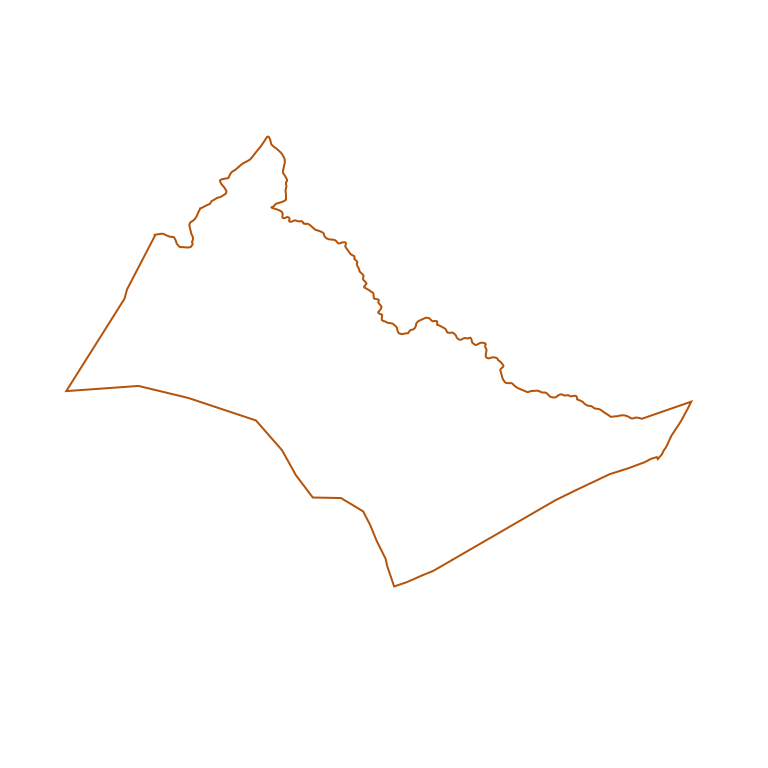 outline of San Francisco de Opalaca, Intibucá, Honduras, rotated 293°
{"feature_id": "27666195B85472464338427", "entity_name": "San Francisco de Opalaca", "entity_type": "district", "adm_level": 2, "iso_a3": "HND", "parent_name": "Honduras", "parent_adm1": "Intibucá", "projection": "robinson", "projection_center": [-88.233, 14.52], "detail": "fine", "context": "isolated", "style": "outline", "palette": "amber", "viewbox_px": 768, "rotation_deg": 293, "n_neighbors": 0, "source": "geoboundaries", "source_scale": "gbopen_adm2", "svg_char_len": 6141}
<svg xmlns="http://www.w3.org/2000/svg" viewBox="0 0 768 768"><g transform="rotate(293 384 384)"><path d="M431.7,114.6L430.8,115.2L370.7,110.5L361.1,111.8L253.3,94.3L286.3,158.8L294.7,209.4L300.4,280.4L283.2,316.0L265.5,338.7L251.7,362.8L262.2,388.9L258.6,414.6L248.6,426.6L236.8,438.5L223.7,453.8L218.0,457.8L201.6,472.4L210.2,482.1L222.3,493.5L231.3,502.4L344.0,587.2L361.7,602.5L389.2,627.0L401.9,641.8L414.1,654.7L419.2,658.8L423.3,663.6L421.9,665.4L423.4,665.8L427.8,667.3L431.4,667.4L433.4,667.7L435.4,668.2L437.2,668.4L448.9,668.8L465.8,671.9L479.7,673.2L487.8,673.7L452.7,634.9L452.5,632.3L451.6,629.1L451.0,628.1L450.2,627.5L449.8,627.0L449.4,626.2L449.1,625.4L449.0,624.2L449.4,622.1L449.4,620.5L449.2,618.4L448.9,617.0L447.8,614.6L445.2,610.8L444.0,608.4L442.8,606.4L442.4,605.6L442.5,604.9L443.1,602.7L443.9,597.6L444.7,594.6L444.9,592.7L444.8,591.1L444.1,588.7L443.8,587.1L443.9,586.5L444.4,585.2L444.6,583.6L444.5,582.7L444.0,581.5L443.8,580.7L443.7,579.3L443.8,578.1L444.2,576.1L445.0,574.5L445.2,573.9L445.4,570.8L445.3,568.4L445.4,567.7L445.6,567.5L446.4,567.4L447.1,566.8L447.8,565.8L448.0,565.1L447.8,564.5L447.5,563.8L446.6,562.4L445.8,561.2L445.5,560.6L445.5,560.1L445.7,557.9L443.9,554.7L443.9,552.2L443.7,551.1L442.9,550.0L442.1,549.2L441.2,548.6L440.1,548.1L438.5,546.8L437.6,544.6L437.3,542.8L437.5,541.0L438.2,539.6L439.1,537.3L439.2,535.8L438.7,534.7L438.0,532.9L437.9,530.6L438.1,529.3L437.6,527.3L435.8,523.8L435.2,522.3L433.2,520.2L432.8,519.6L432.5,518.6L432.6,517.3L432.5,509.1L433.2,505.4L433.8,503.8L434.4,502.3L434.6,501.0L433.0,497.3L432.7,496.0L432.9,494.8L433.4,493.8L434.7,491.8L435.9,490.6L442.1,485.7L442.8,485.5L443.4,485.6L444.7,486.1L446.0,486.8L446.8,487.0L447.6,486.7L448.2,485.9L448.7,485.0L449.3,483.9L449.8,482.9L450.7,479.5L451.4,478.9L451.7,478.4L451.9,477.2L451.7,475.4L451.2,474.0L450.3,472.5L449.0,471.1L448.4,470.0L448.3,469.3L448.3,468.5L448.5,467.7L448.8,467.2L449.2,466.8L450.2,466.4L455.3,465.1L456.0,464.6L457.9,462.5L459.2,462.1L460.3,462.2L460.6,461.9L460.8,461.5L460.9,460.8L460.8,459.8L460.4,458.3L459.9,457.1L459.0,456.2L456.3,454.0L455.8,453.4L455.7,452.8L455.9,451.2L456.5,449.2L459.9,446.4L460.2,445.9L460.3,445.3L459.6,444.3L458.6,443.4L457.9,440.3L456.5,438.9L454.8,437.5L454.4,436.7L454.3,435.6L454.4,434.6L454.7,433.8L455.4,432.6L456.7,431.3L457.4,429.9L457.8,428.7L458.0,427.5L457.9,426.3L457.3,425.5L456.8,424.5L456.4,423.3L456.2,422.3L456.5,421.6L457.3,420.9L457.8,420.3L458.7,419.0L458.8,418.5L459.1,416.3L459.5,411.6L459.2,410.0L459.4,409.8L462.1,408.6L462.3,408.3L462.4,407.8L462.3,407.3L461.9,406.3L460.7,404.1L461.2,402.4L462.0,400.7L462.1,400.0L462.1,399.1L461.9,398.2L461.6,397.2L461.2,396.5L456.7,392.3L455.4,391.2L454.7,390.8L453.5,390.3L452.4,390.1L451.8,390.1L450.8,390.5L449.8,390.6L448.5,390.6L447.3,390.4L446.5,390.1L445.4,389.2L444.2,387.6L443.7,387.2L441.8,386.6L440.2,386.3L438.8,383.8L436.9,381.0L436.5,377.8L438.3,375.6L440.3,374.3L441.2,373.5L442.0,371.4L442.8,369.0L442.9,368.1L442.8,367.3L442.0,364.4L441.7,362.7L442.0,361.0L441.8,358.4L441.8,357.6L442.1,357.1L442.6,356.7L443.4,356.3L446.1,355.6L446.8,355.3L447.1,354.4L446.8,353.2L447.0,352.0L447.2,351.2L447.5,350.8L448.2,350.6L449.7,351.3L451.2,351.6L453.1,351.7L454.1,351.5L454.4,351.3L454.7,350.9L455.9,348.3L456.7,346.9L457.0,346.8L458.6,346.7L459.2,346.4L459.5,345.9L459.5,345.3L458.8,342.0L458.9,341.4L459.3,340.9L462.5,339.3L463.3,338.7L463.6,338.2L464.7,332.8L465.1,328.8L465.4,327.8L465.9,327.6L468.8,328.5L469.7,328.6L470.4,327.6L471.6,324.7L472.2,323.8L473.8,323.2L475.2,323.1L475.8,322.7L476.4,321.8L477.9,317.9L478.3,317.3L478.8,316.9L479.5,316.6L479.9,316.3L482.5,313.1L483.6,312.2L484.1,312.0L485.2,312.1L486.0,311.5L486.6,310.8L487.5,307.9L487.8,307.7L488.4,307.7L488.8,307.6L490.0,306.7L490.1,306.3L490.3,303.4L490.6,302.3L494.0,296.7L495.0,295.2L495.4,294.8L495.8,294.5L497.2,294.4L498.5,294.0L498.9,293.7L499.2,293.4L499.2,292.9L499.1,292.4L498.3,290.7L497.8,290.0L496.1,288.2L495.7,287.5L495.6,286.9L495.7,286.4L496.7,284.7L497.3,282.5L497.0,280.9L495.9,277.6L495.6,276.1L495.6,274.8L495.9,273.1L496.4,272.0L496.8,271.5L499.0,269.6L499.2,269.3L499.4,268.7L499.6,267.1L499.6,265.5L499.3,261.8L499.2,260.1L501.1,254.7L501.5,253.0L501.6,252.1L501.5,250.7L500.6,249.0L500.4,248.1L500.3,247.3L500.6,246.7L501.1,246.7L501.7,244.2L500.9,243.2L500.5,242.3L500.2,240.7L500.0,238.7L499.8,237.9L499.4,237.5L497.3,235.5L496.7,234.2L496.6,233.7L496.7,233.3L496.9,233.0L499.0,232.5L499.5,232.2L499.9,231.8L500.1,231.1L500.0,230.3L499.7,229.4L498.1,228.0L497.6,227.2L497.3,226.3L497.4,225.7L497.8,225.4L498.2,225.1L501.0,224.3L502.1,223.3L502.7,222.4L502.9,220.5L502.9,217.6L502.5,213.6L502.4,212.0L502.5,211.6L502.9,211.5L503.1,212.1L503.4,212.5L505.2,213.2L507.1,213.9L507.9,214.4L512.2,219.5L514.1,221.0L515.4,221.8L519.5,220.0L523.7,217.7L528.0,216.9L529.9,215.5L531.1,215.1L533.1,215.3L533.8,215.1L534.4,214.6L535.7,213.1L537.8,210.2L538.6,208.9L539.5,208.2L541.2,207.6L549.2,206.2L551.9,204.8L553.0,203.8L555.7,200.5L556.7,198.6L558.5,193.8L559.4,189.6L560.0,188.0L560.4,187.0L560.8,186.5L561.4,185.9L563.4,184.6L564.6,183.6L566.1,181.9L566.4,181.1L566.4,180.6L566.1,180.0L565.4,179.7L561.4,179.1L554.5,177.7L547.9,175.7L540.6,173.8L538.4,173.0L536.8,171.9L534.5,170.1L533.2,168.9L531.8,167.9L530.0,166.8L523.1,163.5L520.2,161.3L518.9,160.8L516.9,160.4L512.8,160.3L509.2,154.9L508.4,154.1L507.2,153.4L505.7,154.7L504.6,156.0L502.4,160.4L500.0,163.6L498.9,164.0L497.6,164.0L496.0,163.1L493.3,161.2L492.1,160.2L491.0,158.7L489.7,157.4L484.8,153.8L481.8,153.4L481.5,153.3L480.6,152.2L478.3,150.1L475.1,147.6L473.8,146.1L472.6,146.3L470.4,146.0L466.3,146.0L463.8,145.8L462.0,145.4L460.7,144.9L457.0,142.6L456.2,142.5L455.1,142.6L454.1,142.8L453.5,143.1L447.8,147.4L446.8,148.1L445.1,150.1L443.9,151.1L441.7,151.8L439.7,151.7L438.9,152.6L437.7,153.3L434.8,152.6L434.4,152.3L433.8,151.5L432.7,149.5L431.7,146.2L430.5,143.1L430.4,142.3L431.1,140.5L432.2,138.4L434.7,136.2L436.0,134.7L436.8,133.7L437.0,133.2L437.1,132.8L436.7,131.5L436.1,130.3L435.9,129.1L435.8,125.4L436.0,123.2L435.9,122.1L435.7,121.2L435.4,120.5L431.7,114.6Z" fill="none" stroke="#b45309" stroke-width="2"/></g></svg>